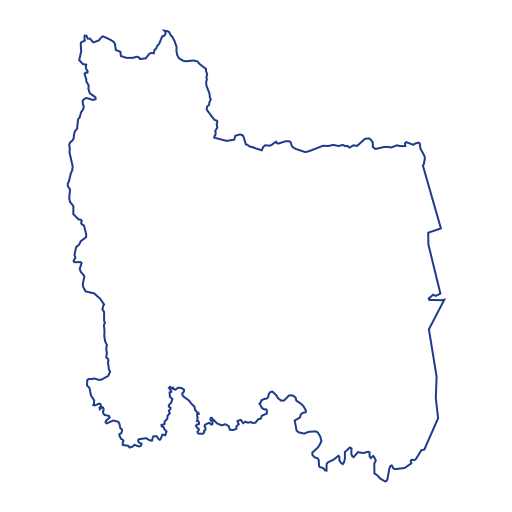 outline of Hakha, Chin, Myanmar
{"feature_id": "60261553B91300055563286", "entity_name": "Hakha", "entity_type": "district", "adm_level": 2, "iso_a3": "MMR", "parent_name": "Myanmar", "parent_adm1": "Chin", "projection": "mercator", "projection_center": [93.452, 22.539], "detail": "fine", "context": "isolated", "style": "outline", "palette": "blue", "viewbox_px": 512, "rotation_deg": 0, "n_neighbors": 0, "source": "geoboundaries", "source_scale": "gbopen_adm2", "svg_char_len": 5948}
<svg xmlns="http://www.w3.org/2000/svg" viewBox="0 0 512 512"><path d="M164.3,30.7L165.6,32.1L165.4,34.2L164.0,36.0L162.2,36.3L159.1,43.9L157.4,45.6L156.2,48.4L154.6,49.8L153.8,53.3L151.6,52.9L149.5,53.6L145.7,58.4L140.0,59.0L139.2,57.5L136.5,56.7L133.4,57.8L126.6,57.9L120.9,56.0L120.4,51.8L115.8,50.0L115.0,44.0L113.7,41.9L110.5,39.8L103.0,36.3L101.6,37.1L98.7,40.5L93.7,42.3L93.0,42.2L90.1,38.7L87.7,38.6L86.5,35.8L84.7,35.6L84.4,38.2L84.8,40.6L81.1,42.4L80.7,43.9L81.2,51.2L79.2,60.1L82.9,64.1L86.2,64.6L85.8,67.1L86.1,68.8L87.6,71.2L87.4,72.7L85.7,72.7L84.5,73.7L86.3,79.5L86.3,81.6L88.7,85.4L88.4,88.7L89.8,93.3L95.4,97.2L95.6,99.1L92.9,100.0L86.7,98.0L84.4,98.9L82.7,100.7L82.8,103.7L83.7,106.4L83.3,109.1L81.0,112.4L79.7,117.4L78.1,119.2L77.1,128.6L75.0,131.1L73.9,134.9L73.7,138.4L72.5,140.4L69.9,142.7L69.2,145.2L69.8,148.7L69.5,152.4L72.7,166.5L72.2,170.3L70.8,173.5L68.9,181.5L67.7,183.7L67.8,186.0L70.0,189.5L69.2,198.5L70.2,202.1L73.4,206.2L73.3,214.2L78.7,219.5L81.1,219.9L81.8,221.3L81.1,223.0L81.7,224.2L84.0,225.6L86.2,234.4L86.1,237.2L80.8,241.1L79.1,244.6L76.1,247.2L74.5,255.0L75.4,257.7L73.7,260.5L73.7,261.5L74.7,262.2L80.5,262.1L81.6,263.1L79.7,269.0L80.9,272.0L84.4,276.1L82.8,284.1L83.2,287.1L85.6,291.4L94.2,293.4L100.1,298.7L104.1,304.4L103.3,305.6L102.4,309.4L104.1,312.0L104.1,320.8L104.9,322.6L103.9,325.4L104.5,331.0L104.3,336.1L105.2,341.6L106.9,345.0L106.2,348.5L106.9,353.1L106.2,357.3L108.2,359.1L108.5,360.7L107.9,361.9L108.9,369.4L110.1,371.7L108.2,375.9L101.6,379.6L98.8,379.9L94.5,378.5L91.5,379.1L88.8,378.9L87.3,380.0L87.0,385.5L89.4,387.8L91.0,395.5L94.2,400.5L93.9,404.0L93.3,405.0L94.9,405.4L99.4,403.6L100.7,404.4L100.9,406.2L99.5,407.9L99.9,409.2L101.9,407.2L103.1,407.5L103.7,409.8L103.0,411.4L103.2,413.2L104.6,415.0L108.9,415.9L109.7,417.5L106.0,420.7L105.6,422.5L106.7,423.4L113.2,420.5L118.3,421.8L119.3,423.5L120.4,428.3L122.0,429.6L122.0,431.1L121.2,433.3L119.6,433.9L119.3,435.4L121.1,438.9L122.7,439.7L123.5,440.9L122.7,442.8L122.8,445.0L128.3,445.8L129.5,447.5L132.4,446.7L134.6,444.8L138.2,446.3L139.7,446.4L141.2,445.5L141.5,443.7L139.4,442.8L138.2,441.4L138.1,440.1L139.0,439.2L146.2,438.2L149.4,440.2L151.9,440.7L153.0,436.8L154.1,436.2L156.7,436.3L158.6,439.1L159.8,439.8L160.7,438.8L162.4,434.6L165.3,435.2L166.5,431.5L164.4,429.2L163.4,426.8L161.8,426.5L161.4,425.1L164.5,424.0L164.7,421.4L167.3,418.9L167.6,415.7L169.8,413.3L168.8,410.8L170.4,409.0L170.5,407.7L168.8,406.6L168.8,405.2L171.2,402.7L172.4,399.0L169.9,396.8L169.6,392.4L171.3,391.9L171.3,391.1L168.9,387.9L170.1,386.8L172.5,388.6L173.1,387.8L174.2,389.4L175.3,389.7L178.4,387.6L181.7,388.1L184.1,389.7L183.9,391.6L182.2,393.6L182.5,395.2L183.6,396.6L189.3,400.8L191.2,403.5L194.5,406.7L195.1,409.9L197.4,412.6L198.3,412.7L198.8,413.9L197.3,414.2L197.0,415.6L197.7,417.8L197.0,421.0L198.5,421.3L199.1,423.0L198.8,424.3L197.0,424.5L195.9,425.7L197.3,428.0L198.8,428.9L198.8,430.0L197.5,431.8L197.9,433.3L199.5,433.7L202.7,433.8L204.1,432.5L204.0,431.0L205.3,430.1L205.5,427.8L204.6,426.4L204.7,425.2L205.8,424.3L209.2,422.8L211.5,424.6L212.5,423.9L212.5,421.2L210.8,420.5L210.3,419.6L210.8,417.9L211.6,417.8L216.9,423.3L221.1,425.1L222.8,425.1L225.1,424.2L228.7,426.1L229.8,429.7L233.4,430.0L236.3,428.8L236.4,426.5L238.8,424.1L237.7,422.4L237.6,420.9L240.8,419.9L243.2,423.2L245.3,421.7L247.9,422.7L250.8,422.0L252.4,423.0L255.4,422.7L258.4,419.1L260.6,418.8L261.8,415.7L266.8,413.6L266.9,410.4L266.0,409.3L264.2,409.4L262.2,408.2L259.5,403.6L260.8,402.4L261.4,400.3L264.5,398.9L266.0,398.8L268.0,397.5L268.9,393.9L270.0,392.3L272.3,391.5L276.6,395.6L277.8,398.0L281.1,400.6L284.1,400.5L288.7,395.7L291.5,395.2L294.0,396.2L295.7,397.8L296.3,400.6L301.1,403.8L303.4,406.1L306.0,410.7L305.6,412.3L302.6,413.0L300.7,414.5L300.1,417.4L294.7,420.5L296.6,430.6L298.8,432.4L304.2,433.6L308.7,431.8L315.7,431.4L317.8,432.5L320.3,436.6L321.4,441.3L319.8,444.4L318.0,447.4L312.3,452.6L312.5,455.0L314.5,457.2L317.5,458.3L318.7,459.8L319.1,466.1L319.8,467.0L323.5,468.3L324.9,470.3L326.5,470.6L326.6,463.9L328.2,462.2L333.5,459.7L338.4,455.8L339.3,456.7L339.4,460.5L341.0,462.9L342.8,464.1L344.1,462.0L344.9,458.6L344.9,452.1L349.8,447.5L351.5,448.4L351.3,453.7L352.2,456.1L353.5,457.2L358.0,452.1L363.2,453.1L368.1,451.7L369.5,452.2L369.6,456.5L370.9,458.1L373.1,456.0L374.3,457.2L375.8,460.6L374.3,463.5L374.4,473.4L377.3,475.3L380.2,478.6L385.0,481.3L386.2,481.3L387.4,479.3L389.4,468.3L390.5,466.0L391.7,465.4L393.6,468.6L395.5,469.1L404.6,468.0L411.3,463.4L410.7,460.9L411.8,459.7L414.2,460.2L415.9,459.0L421.3,450.3L424.3,449.6L438.1,418.2L435.8,398.2L436.6,376.6L428.9,329.3L444.3,299.7L441.7,300.2L429.3,299.9L428.7,298.5L433.2,294.7L435.8,295.9L440.4,293.6L428.4,244.5L428.2,232.7L440.9,228.4L422.9,165.6L423.8,164.2L424.9,158.3L424.4,155.9L420.4,148.5L419.7,143.5L418.7,142.6L415.3,143.5L413.2,144.8L406.2,142.1L405.0,143.3L405.3,146.0L400.0,146.1L397.0,145.3L391.1,147.5L388.2,146.9L383.5,147.1L375.5,149.0L372.9,147.0L372.7,142.2L370.7,139.6L368.9,138.4L365.0,138.8L357.1,145.9L353.5,145.3L349.5,147.6L347.3,145.9L345.1,146.1L342.9,144.9L338.6,146.0L333.3,144.9L328.2,146.0L322.8,145.8L308.8,151.3L305.4,152.1L295.9,149.0L293.0,147.3L291.8,145.8L290.6,142.2L289.4,141.3L285.6,141.2L278.3,143.6L276.7,142.9L276.0,141.7L271.5,145.0L269.6,145.7L265.1,145.3L263.2,147.1L261.7,150.3L253.5,147.7L253.1,147.1L250.2,146.8L247.0,144.6L245.8,144.4L243.8,137.4L242.7,135.3L240.1,134.4L235.4,135.7L234.2,139.7L226.5,140.9L214.2,137.6L214.3,136.3L215.4,135.0L215.7,133.1L215.2,131.0L217.3,127.6L216.7,124.0L217.4,122.0L217.0,120.7L214.7,120.0L212.5,117.5L206.7,109.6L207.0,106.8L209.1,104.7L209.5,102.0L210.8,99.4L209.9,97.5L209.4,93.3L206.5,85.8L206.1,82.2L206.9,79.4L206.4,77.0L207.2,74.2L206.0,71.0L206.0,68.9L199.9,64.3L197.3,61.4L193.6,60.5L185.5,61.3L182.9,60.6L178.9,58.2L177.1,54.8L176.4,50.6L176.6,47.0L174.6,41.2L172.2,36.5L171.0,35.8L169.1,32.0L167.6,31.2L164.3,30.7Z" fill="none" stroke="#1e3a8a" stroke-width="2"/></svg>